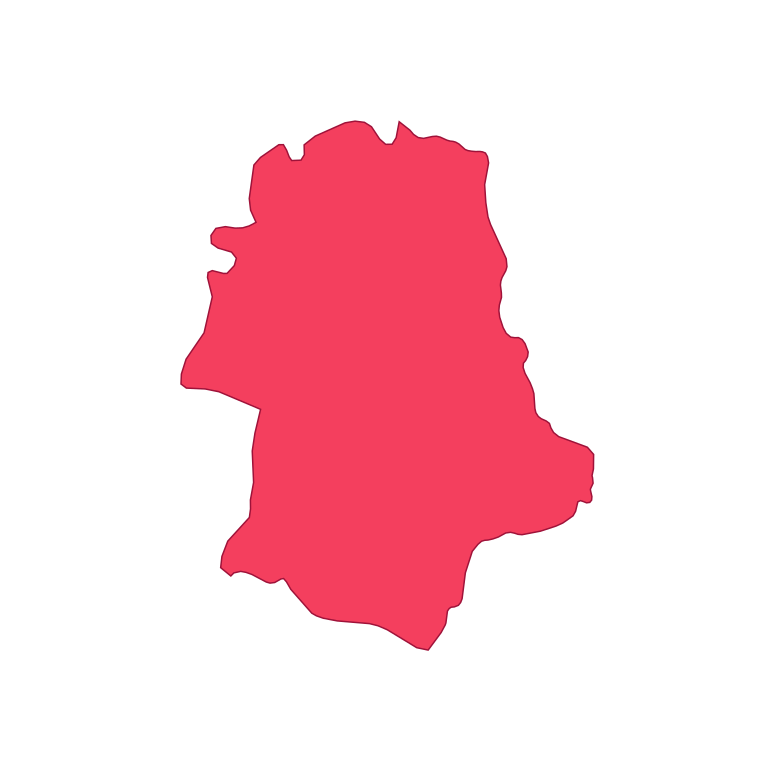 map outline of Lot (Mercator projection), rotated 127°
{"feature_id": "FRA-5318", "entity_name": "Lot", "entity_type": "Metropolitan department", "adm_level": 1, "iso_a3": "FRA", "parent_name": "France", "parent_adm1": "", "projection": "mercator", "projection_center": [1.542, 44.633], "detail": "fine", "context": "isolated", "style": "filled", "palette": "rose", "viewbox_px": 768, "rotation_deg": 127, "n_neighbors": 0, "source": "natural_earth", "source_scale": "10m", "svg_char_len": 2379}
<svg xmlns="http://www.w3.org/2000/svg" viewBox="0 0 768 768"><g transform="rotate(127 384 384)"><path d="M629.5,390.8L629.0,403.9L619.2,409.7L603.5,414.2L571.6,411.2L564.1,415.4L557.0,420.9L541.1,428.9L516.8,448.9L500.9,457.5L478.5,467.3L489.5,511.1L495.6,523.9L506.2,539.4L506.2,546.1L498.0,551.8L483.3,557.0L451.4,558.5L417.7,573.6L405.1,589.1L400.8,591.6L396.8,589.4L392.3,578.7L390.1,575.9L379.5,574.8L372.4,577.6L370.4,585.2L375.3,598.3L375.6,606.4L369.5,611.6L360.9,611.9L353.8,605.4L349.1,596.7L344.4,590.9L338.9,586.8L331.9,583.5L325.5,595.1L317.0,603.2L287.4,619.7L277.4,619.0L256.2,612.0L253.4,608.4L255.9,602.5L259.7,596.4L261.1,592.2L255.2,585.0L248.8,585.6L241.1,591.7L227.4,588.1L198.9,572.3L191.5,565.3L186.8,557.1L186.1,548.8L191.0,534.9L191.6,526.9L187.6,521.8L180.0,522.5L165.4,529.7L165.7,516.0L166.9,510.6L166.6,505.0L164.0,500.2L157.2,494.3L154.5,491.2L153.0,487.7L151.4,480.5L150.2,477.4L148.7,474.9L147.7,472.3L147.2,468.6L147.9,460.4L147.1,457.5L145.4,454.2L143.2,450.7L140.6,447.4L139.3,445.0L138.5,442.0L140.1,438.3L144.5,433.5L164.2,423.6L170.6,418.1L177.8,411.9L188.0,401.5L192.5,394.9L210.4,361.8L216.3,356.4L220.3,354.9L227.9,353.8L231.5,352.6L234.9,350.6L240.7,345.0L244.1,342.3L251.5,339.4L256.3,336.4L261.1,331.7L267.3,322.8L270.0,316.9L270.3,311.0L268.3,307.4L266.0,304.5L265.4,300.4L266.9,295.6L271.7,288.1L275.7,285.8L279.9,285.0L283.4,285.2L287.1,282.8L290.6,277.8L295.1,268.0L298.4,262.6L301.5,258.5L312.7,248.8L315.5,245.5L317.1,241.2L317.1,237.5L315.9,232.2L315.9,228.2L318.6,224.3L320.7,219.4L320.9,212.8L312.1,183.5L314.1,174.2L325.8,165.6L332.0,162.7L333.3,161.1L337.4,157.3L343.8,155.9L345.1,154.6L348.8,150.2L351.8,148.3L354.7,148.4L357.0,150.7L357.9,154.0L358.9,156.9L361.4,158.3L370.3,154.4L375.5,153.7L387.3,157.5L393.9,161.1L407.4,170.5L421.3,183.1L423.4,186.5L424.6,190.0L426.3,193.7L429.7,197.1L437.4,200.6L442.2,203.8L446.0,207.0L448.2,209.5L450.9,211.5L455.6,212.5L464.5,212.8L485.8,205.4L508.5,192.4L512.4,191.3L516.0,191.4L519.7,193.7L521.8,196.0L524.0,196.8L527.1,196.7L537.5,190.8L539.6,190.1L548.1,188.8L569.9,188.6L574.9,199.2L578.3,233.5L580.7,243.3L584.1,251.4L601.3,278.7L607.6,291.5L609.8,298.4L610.5,303.7L604.1,334.8L600.7,342.8L599.8,347.1L601.8,349.0L608.3,351.8L611.6,355.2L613.0,358.8L615.6,374.9L617.5,380.9L619.9,385.7L625.2,390.2L629.5,390.8Z" fill="#f43f5e" stroke="#9f1239" stroke-width="1.5"/></g></svg>